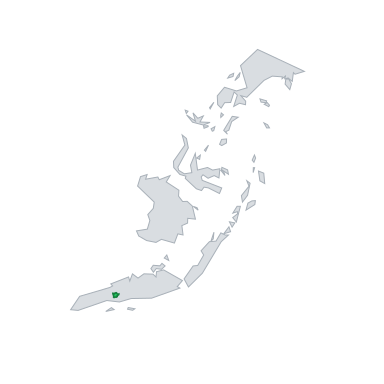 location of Padang Lawas, Sumatera Utara, Indonesia, rotated 294°
{"feature_id": "22746128B18337582481574", "entity_name": "Padang Lawas", "entity_type": "district", "adm_level": 2, "iso_a3": "IDN", "parent_name": "Indonesia", "parent_adm1": "Sumatera Utara", "projection": "natural_earth1", "projection_center": [99.825, 1.157], "detail": "fine", "context": "in_parent", "style": "filled", "palette": "green", "viewbox_px": 384, "rotation_deg": 294, "n_neighbors": 0, "source": "geoboundaries", "source_scale": "gbopen_adm2", "svg_char_len": 5051}
<svg xmlns="http://www.w3.org/2000/svg" viewBox="0 0 384 384"><g transform="rotate(294 192 192)"><path d="M133.9,157.1L139.9,166.3L148.8,165.1L153.4,160.8L161.3,163.3L167.4,161.6L175.3,139.9L185.1,138.7L189.7,143.9L184.8,144.4L191.8,154.7L189.9,157.1L198.1,165.3L190.7,164.4L188.3,179.3L182.7,181.4L179.5,187.3L181.5,191.4L179.3,198.0L168.6,206.2L166.2,198.8L161.8,200.6L157.2,196.4L149.1,201.3L148.0,196.1L138.2,196.7L136.3,183.3L131.3,179.6L129.2,170.3L130.1,161.3L133.9,157.1ZM35.1,129.0L51.0,131.8L71.4,155.8L73.9,157.7L75.0,155.2L88.6,168.6L85.3,171.4L93.0,170.9L91.4,177.7L97.7,181.4L101.1,189.8L99.7,193.7L104.8,192.0L109.3,197.8L107.2,219.3L99.6,217.0L99.3,220.0L78.6,198.3L69.9,179.7L62.0,170.4L58.2,158.3L37.5,136.1L35.1,129.0ZM348.9,193.9L347.9,245.6L341.5,238.2L342.3,236.1L333.8,238.6L335.3,233.4L333.1,230.7L333.9,230.3L335.2,230.5L336.0,230.2L332.1,228.2L333.9,227.6L330.5,218.2L323.3,212.4L300.8,203.5L299.9,197.4L296.8,204.1L293.5,205.4L292.4,199.3L287.1,195.3L299.0,194.0L300.5,189.8L289.5,190.9L286.9,185.5L280.5,184.5L282.3,179.9L290.1,176.0L300.9,179.1L302.4,191.5L309.6,199.9L327.2,184.9L348.9,193.9ZM238.6,165.2L230.8,170.7L209.0,169.0L206.4,171.0L205.5,177.6L209.6,184.0L215.9,179.7L228.6,179.3L214.3,188.1L220.7,196.2L220.4,201.9L224.6,208.0L215.8,210.9L216.0,205.6L211.1,201.1L212.2,195.0L209.5,194.3L206.8,196.6L207.8,217.5L201.8,217.7L202.4,205.2L201.3,201.0L197.2,200.1L196.7,194.7L201.7,180.3L204.0,180.0L203.1,173.8L206.9,165.4L212.5,162.6L232.0,166.4L240.1,159.8L238.6,165.2ZM109.4,220.1L124.9,223.1L127.2,227.1L139.2,228.3L142.0,224.2L153.7,228.1L156.9,233.9L166.4,235.0L166.2,239.9L167.5,242.8L158.5,238.9L122.0,234.5L103.8,227.4L109.4,220.1ZM258.1,166.4L264.7,160.7L261.7,167.3L266.1,171.4L259.2,170.8L262.9,180.2L257.8,175.1L256.0,164.1L260.2,155.7L258.1,166.4ZM261.2,195.9L277.5,198.0L279.1,203.8L272.5,199.6L263.4,200.5L260.8,198.2L259.2,200.9L261.2,195.9ZM223.6,241.5L211.6,244.1L203.3,242.2L208.8,238.6L220.5,241.7L224.6,237.5L223.6,241.5ZM189.3,237.9L197.3,239.0L198.6,242.0L182.6,244.7L185.2,239.6L190.7,242.5L192.5,241.4L189.3,237.9ZM238.2,244.2L238.4,249.9L229.3,255.0L229.8,249.5L238.2,244.2ZM109.3,186.4L111.5,192.7L114.6,193.6L113.5,197.5L109.0,195.6L107.5,190.5L103.0,189.4L105.3,185.6L109.3,186.4ZM331.4,238.8L325.3,239.7L328.4,233.2L333.2,231.8L334.6,234.3L331.4,238.8ZM204.6,247.6L208.2,250.3L209.9,253.4L206.1,254.5L197.4,248.7L204.6,247.6ZM252.1,197.7L254.5,202.0L250.8,203.5L246.5,200.3L246.8,197.8L252.1,197.7ZM166.8,238.0L175.2,239.9L171.4,243.4L166.8,238.0ZM180.0,238.3L181.2,243.7L176.2,242.9L180.0,238.3ZM124.2,194.6L120.0,198.6L120.4,193.5L124.2,194.6ZM304.7,216.2L305.6,223.1L303.7,223.4L302.2,218.5L304.7,216.2ZM164.2,228.4L157.7,230.5L154.9,229.3L164.2,228.4ZM226.7,209.3L226.7,215.5L223.0,218.1L224.5,209.8L226.7,209.3ZM47.8,161.8L53.6,165.4L52.9,168.7L47.8,161.8ZM62.1,187.3L59.8,185.9L58.7,180.8L60.5,180.7L62.1,187.3ZM282.1,236.7L280.9,234.2L284.4,229.6L284.2,233.7L282.1,236.7ZM276.2,173.7L282.9,175.5L275.3,174.8L276.2,173.7ZM235.3,186.3L241.5,188.0L234.7,187.9L235.3,186.3ZM223.8,212.3L220.5,215.4L223.4,209.8L223.8,212.3ZM310.6,178.3L314.1,178.9L317.4,181.8L314.2,182.5L310.6,178.3ZM251.2,234.0L248.9,236.3L244.3,236.5L245.6,234.0L251.2,234.0ZM304.3,224.3L302.8,227.5L301.2,227.4L301.5,222.3L304.3,224.3ZM261.0,186.3L256.9,186.9L255.8,185.8L257.5,183.7L261.0,186.3ZM311.2,185.8L316.2,186.3L320.9,187.4L316.4,188.2L311.2,185.8ZM225.0,182.5L229.1,184.6L224.9,185.7L225.0,182.5ZM264.2,155.5L261.4,154.9L264.0,152.5L264.2,155.5ZM234.6,240.0L239.2,238.1L239.7,239.3L234.6,240.0ZM276.1,186.6L275.3,189.4L271.8,188.0L273.6,187.1L276.1,186.6ZM179.7,203.0L177.9,205.0L179.4,199.0L179.7,203.0ZM257.0,175.7L259.1,179.6L258.3,180.2L255.1,177.1L257.0,175.7Z" fill="#d9dde1" stroke="#a8b0b8" stroke-width="1"/><path d="M66.7,166.7L66.7,166.4L66.7,166.2L66.8,166.0L66.9,165.9L67.0,166.0L67.3,166.1L67.5,166.2L67.5,166.3L67.8,166.5L68.1,166.6L68.3,166.8L68.5,166.8L68.7,167.0L69.0,167.1L68.9,167.0L68.9,166.9L68.7,166.7L68.7,166.4L68.8,166.4L68.7,166.3L68.8,166.2L68.7,165.9L68.7,165.7L68.8,165.6L68.8,165.4L68.9,165.2L69.0,165.2L68.9,165.2L68.8,164.9L68.8,164.7L68.7,164.7L68.7,164.8L68.7,164.7L68.7,164.4L68.8,164.3L69.0,164.2L69.0,164.3L69.1,164.2L68.9,164.1L68.8,163.9L68.7,163.9L68.7,163.7L68.6,163.4L68.7,163.2L68.3,163.0L68.2,162.8L68.2,162.7L68.0,162.4L67.9,162.3L67.9,162.2L67.7,162.2L67.5,162.3L67.5,162.2L67.4,162.0L67.4,161.9L67.5,161.9L67.4,161.9L67.5,161.8L67.4,161.7L67.3,161.4L67.3,161.1L67.2,161.0L67.2,160.9L66.9,161.0L66.7,161.2L66.7,161.3L66.4,161.5L66.2,161.7L66.2,161.8L65.9,161.9L65.8,162.0L65.7,162.2L65.6,162.3L65.4,162.5L65.2,162.7L65.1,162.8L64.9,162.8L64.8,163.0L64.7,163.0L64.4,163.1L64.2,163.1L64.2,163.3L63.9,163.3L63.8,163.5L63.9,163.8L64.0,163.8L64.2,164.0L64.3,164.1L64.5,164.2L64.5,164.3L64.7,164.5L64.8,164.7L64.8,164.8L64.9,165.1L65.0,165.1L65.1,165.3L65.0,165.5L65.3,165.8L65.5,165.8L65.6,165.7L65.7,165.8L65.8,165.8L65.8,166.0L66.0,166.1L66.1,166.3L66.3,166.3L66.5,166.4L66.6,166.5L66.7,166.7Z" fill="#22c55e" stroke="#15803d" stroke-width="1.5"/></g></svg>